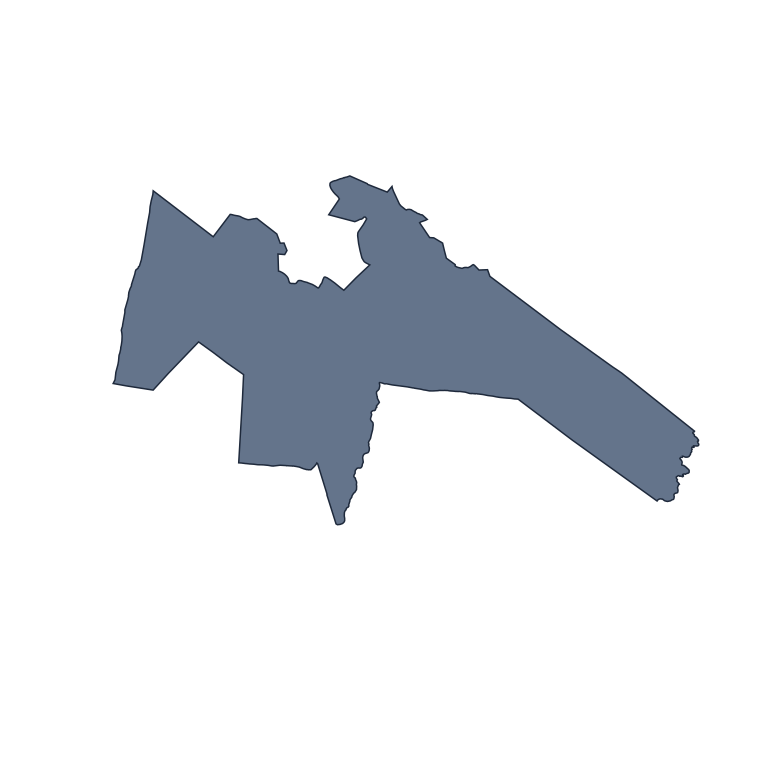 the district of Mandlakaze, Gaza, Mozambique, rotated 127°
{"feature_id": "85939544B24219595709494", "entity_name": "Mandlakaze", "entity_type": "district", "adm_level": 2, "iso_a3": "MOZ", "parent_name": "Mozambique", "parent_adm1": "Gaza", "projection": "equal_earth", "projection_center": [34.02, -24.531], "detail": "fine", "context": "isolated", "style": "filled", "palette": "slate", "viewbox_px": 768, "rotation_deg": 127, "n_neighbors": 0, "source": "geoboundaries", "source_scale": "gbopen_adm2", "svg_char_len": 6078}
<svg xmlns="http://www.w3.org/2000/svg" viewBox="0 0 768 768"><g transform="rotate(127 384 384)"><path d="M234.1,518.0L238.4,536.5L241.0,538.2L242.6,539.6L243.1,539.7L243.3,540.2L244.8,541.0L246.4,542.4L250.5,544.9L251.4,545.8L253.0,546.9L255.3,547.9L256.0,547.9L256.7,547.6L258.2,546.5L258.9,545.3L259.2,545.1L260.2,543.0L261.2,539.7L261.7,537.2L262.1,533.5L263.1,531.0L282.1,530.0L271.9,505.0L269.4,503.5L267.0,502.3L265.9,501.2L264.4,500.6L263.6,500.6L262.6,500.3L262.0,499.5L262.0,499.0L262.6,497.2L269.4,496.4L277.8,496.1L279.1,495.8L281.4,494.3L287.1,488.8L291.8,483.5L296.6,477.5L297.9,474.4L298.2,473.4L298.2,471.8L297.4,467.0L315.9,470.2L333.3,472.5L333.3,477.0L333.0,483.9L333.1,489.8L333.2,490.2L333.4,493.2L334.0,495.4L334.6,496.0L335.3,496.0L337.6,495.5L340.4,494.5L343.4,494.4L344.8,494.1L346.6,494.1L346.9,494.4L347.1,494.9L347.2,497.9L347.6,501.1L349.0,505.8L349.0,506.2L350.5,509.7L351.4,512.6L352.5,514.2L353.3,514.7L356.5,514.8L357.5,515.6L358.7,517.5L359.3,518.2L360.0,519.6L359.7,521.0L359.4,521.2L359.0,522.0L357.4,524.0L356.8,525.4L356.4,526.9L356.1,529.5L356.2,532.0L356.7,534.8L357.3,536.2L344.0,546.9L340.4,541.2L335.8,541.8L331.6,548.7L334.0,551.6L328.7,559.9L328.3,585.1L329.0,586.0L329.9,586.7L330.4,587.4L333.1,589.8L334.6,591.4L335.6,594.0L336.4,597.1L336.8,599.7L337.5,601.5L339.3,605.0L340.4,607.7L341.1,608.9L369.2,609.0L368.6,684.6L371.7,682.7L377.9,680.1L383.2,677.5L388.1,674.4L397.7,669.6L417.2,659.4L430.9,652.5L436.8,650.4L437.4,650.3L438.0,650.6L439.6,650.1L442.2,650.8L443.6,650.4L446.1,649.2L455.7,645.8L457.0,645.3L457.7,644.7L460.5,644.2L464.4,642.9L467.3,641.2L467.7,640.8L470.7,639.4L480.7,635.6L482.8,634.0L494.3,628.2L495.4,627.5L496.5,627.2L499.1,626.2L501.2,623.9L503.5,621.9L507.4,619.2L511.4,617.0L513.1,616.3L514.6,615.3L518.1,613.7L520.5,612.9L525.5,609.8L528.4,608.3L536.0,605.2L542.4,601.4L546.6,600.6L540.6,588.7L527.8,564.7L505.2,562.6L462.0,557.4L461.6,540.0L461.7,522.1L461.0,501.8L480.9,488.2L534.4,452.6L532.9,450.3L530.5,446.1L530.2,445.8L529.9,445.1L529.6,444.8L529.0,443.6L526.6,440.0L524.5,436.3L521.4,432.0L518.7,427.6L517.0,424.3L516.2,423.1L511.4,418.1L508.2,413.3L508.0,412.7L507.7,412.5L505.1,408.5L504.8,408.2L504.6,407.6L504.2,407.3L502.4,403.9L501.3,401.6L500.2,397.5L498.8,394.0L498.5,393.8L497.9,392.5L497.6,392.3L496.7,391.0L496.3,390.7L491.9,390.0L488.7,389.9L487.5,390.1L487.6,389.0L506.4,363.0L506.9,362.9L524.6,338.1L524.4,336.5L522.6,334.6L520.3,333.1L518.2,332.8L516.9,333.1L515.0,334.5L513.3,336.3L510.6,338.2L509.5,338.6L508.2,338.8L507.5,338.6L506.2,339.1L504.9,339.1L503.9,338.5L502.6,338.6L501.7,339.5L498.2,340.7L496.9,341.5L493.9,341.6L492.3,342.3L489.4,342.5L488.1,342.1L484.9,342.4L482.0,344.4L481.0,345.5L479.2,346.5L478.3,347.5L477.6,348.9L476.4,350.3L476.4,351.5L475.8,352.7L474.6,353.1L472.6,353.4L471.4,354.3L470.2,354.9L467.6,354.8L466.5,354.0L465.8,352.9L465.1,352.1L464.1,351.9L462.7,352.1L461.1,353.0L458.9,353.5L455.7,356.7L453.7,357.6L452.1,357.7L450.9,357.2L448.5,355.5L447.3,355.5L446.1,355.8L444.0,357.1L442.0,359.6L441.1,359.8L440.2,361.1L439.1,361.5L435.6,362.0L432.1,363.6L427.3,365.6L423.2,368.0L422.2,368.9L421.5,369.7L421.0,372.4L420.4,373.4L419.6,374.0L415.9,375.4L415.3,376.1L414.9,376.9L414.0,377.3L412.6,377.1L411.7,376.6L411.2,375.8L410.1,375.3L407.7,376.0L406.8,375.8L406.2,376.8L402.2,376.6L401.4,376.7L399.4,380.7L398.0,381.9L397.9,382.3L395.9,384.5L394.5,385.3L392.2,384.9L391.0,384.9L388.1,386.2L387.1,387.1L386.5,387.9L386.1,388.1L385.9,388.4L385.5,388.4L385.1,387.8L384.2,385.8L383.7,384.0L383.2,383.1L382.5,382.5L379.8,376.9L372.3,363.7L369.6,358.3L369.3,358.0L369.0,357.1L366.0,351.5L364.6,348.2L364.3,347.9L362.2,343.6L360.2,340.9L356.6,336.6L356.1,336.3L353.0,332.1L352.6,331.8L351.9,330.6L351.1,329.6L349.6,326.7L349.2,326.5L348.8,325.4L348.5,325.2L346.5,321.8L346.1,321.5L345.7,320.7L344.3,318.9L341.6,314.2L340.0,309.9L339.5,309.0L339.1,308.7L338.9,308.1L338.5,307.9L337.8,306.6L337.5,306.4L337.4,305.9L337.0,305.6L336.9,305.1L336.5,304.9L335.8,303.9L335.5,303.0L335.2,302.7L332.9,298.7L330.7,294.1L328.2,289.8L326.7,286.6L324.9,283.2L321.7,278.0L319.1,274.0L317.4,270.8L315.4,267.8L315.5,200.2L313.1,95.5L311.9,95.6L310.4,95.0L309.5,94.3L308.3,92.1L308.4,89.8L308.1,88.9L307.2,86.9L304.9,84.9L303.4,84.4L302.1,83.5L301.3,83.4L299.3,84.4L298.3,85.6L297.6,86.0L296.1,85.7L294.8,84.6L294.1,84.2L293.4,84.4L292.2,85.0L291.3,85.9L290.4,87.0L290.0,87.3L287.3,88.1L286.4,87.7L286.1,88.2L285.4,91.5L285.1,91.8L283.8,92.1L283.4,93.5L282.9,94.2L282.3,94.6L280.1,93.8L279.7,93.3L279.8,92.5L279.3,91.8L278.9,91.6L278.6,90.5L278.5,89.9L277.9,89.5L277.3,89.5L276.9,90.1L277.1,90.5L276.6,91.0L276.0,90.8L275.1,90.0L274.7,89.0L273.5,88.5L271.8,87.2L270.8,87.2L270.2,87.7L269.7,87.9L268.9,89.2L268.9,91.4L268.7,91.6L268.6,92.1L268.7,93.3L268.5,93.7L268.8,94.9L268.6,95.3L268.8,95.8L269.5,97.4L269.3,97.7L267.9,98.3L266.9,98.9L265.9,100.6L265.8,101.0L266.0,101.5L265.6,102.0L265.6,102.8L265.1,103.0L263.9,102.8L263.2,101.7L262.3,101.7L262.0,102.1L261.6,101.4L261.1,99.4L260.5,98.5L259.5,97.4L258.2,96.8L255.8,96.9L254.5,97.6L253.0,97.5L252.6,97.7L251.8,98.6L250.7,98.6L250.2,99.7L249.1,100.0L248.7,99.5L248.3,98.6L248.1,98.4L247.8,98.4L247.4,99.6L247.1,99.6L245.0,96.5L244.4,96.0L243.4,95.9L242.6,96.4L242.1,98.0L241.2,98.7L241.2,99.0L240.8,99.1L240.4,98.6L240.2,98.6L239.5,99.1L238.7,101.6L238.6,103.1L238.8,104.2L238.7,104.8L237.8,105.6L237.3,107.9L236.7,108.2L236.2,108.1L235.6,107.5L234.8,107.6L232.2,200.8L232.8,212.1L234.3,275.8L234.3,364.2L230.4,370.1L235.8,376.7L234.8,383.0L234.8,383.9L235.0,384.6L235.8,385.0L238.2,385.7L240.5,386.9L241.5,388.6L242.4,389.7L243.4,390.5L244.4,391.0L244.8,391.5L246.3,394.9L246.8,396.6L246.9,398.1L246.9,398.3L245.8,399.0L246.0,409.9L241.1,416.1L236.2,422.0L237.3,432.2L239.6,435.7L233.8,452.6L232.5,452.2L228.3,449.4L226.5,448.5L225.9,455.0L226.9,457.2L227.0,458.3L227.7,460.1L227.7,461.5L228.2,464.2L228.5,467.3L229.3,468.9L230.4,470.2L231.6,470.9L231.8,472.4L231.6,477.6L231.0,480.0L224.5,492.2L222.8,494.9L221.4,496.5L228.8,496.9L234.4,517.2L234.1,518.0Z" fill="#64748b" stroke="#1e293b" stroke-width="1.5"/></g></svg>